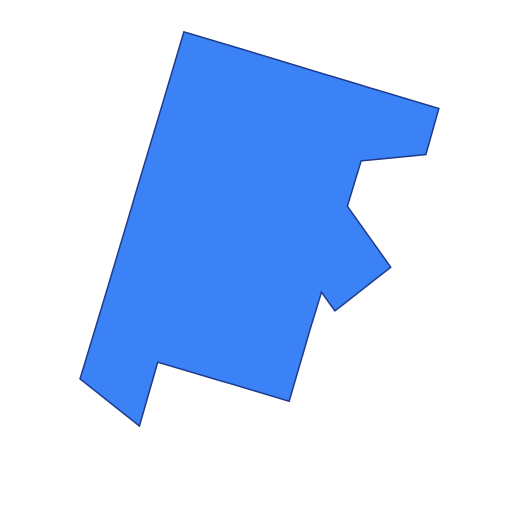 O'Higgins, Chaco, Argentina (Robinson projection), rotated 196°
{"feature_id": "61730980B80807938720133", "entity_name": "O'Higgins", "entity_type": "district", "adm_level": 2, "iso_a3": "ARG", "parent_name": "Argentina", "parent_adm1": "Chaco", "projection": "robinson", "projection_center": [-60.713, -27.221], "detail": "fine", "context": "isolated", "style": "filled", "palette": "blue", "viewbox_px": 512, "rotation_deg": 196, "n_neighbors": 0, "source": "geoboundaries", "source_scale": "gbopen_adm2", "svg_char_len": 777}
<svg xmlns="http://www.w3.org/2000/svg" viewBox="0 0 512 512"><g transform="rotate(196 256 256)"><path d="M391.3,89.4L338.4,67.5L331.2,64.6L324.8,61.9L321.2,60.4L321.2,126.8L253.1,126.2L252.6,126.3L184.1,125.5L183.9,164.9L183.8,187.2L183.8,195.0L183.8,199.1L183.4,219.7L183.2,232.8L183.1,239.3L165.1,225.0L160.8,230.7L131.8,270.8L130.4,272.6L123.4,282.3L128.9,286.8L181.9,329.0L181.2,373.2L181.2,373.3L181.2,376.4L120.7,400.3L120.7,405.6L120.9,448.2L124.8,448.2L186.7,449.0L193.6,449.0L200.7,449.2L242.2,449.7L249.1,449.8L256.1,449.9L315.8,450.8L318.1,450.9L321.8,450.9L387.1,451.6L387.8,379.1L388.7,306.5L388.8,300.2L389.0,278.8L389.0,272.8L389.3,241.6L389.4,235.1L389.9,187.4L390.1,170.3L390.2,163.1L391.3,89.4Z" fill="#3b82f6" stroke="#1e3a8a" stroke-width="1.5"/></g></svg>